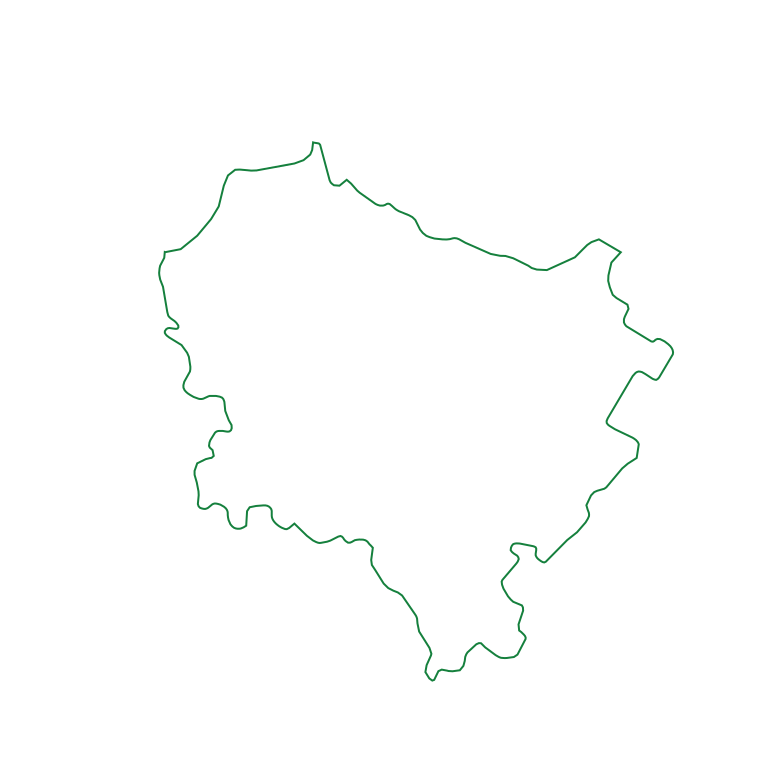 SVG path tracing the border of Chechnya, rotated 120°
{"feature_id": "RUS-2416", "entity_name": "Chechnya", "entity_type": "Republic", "adm_level": 1, "iso_a3": "RUS", "parent_name": "Russia", "parent_adm1": "", "projection": "equal_earth", "projection_center": [45.92, 43.243], "detail": "fine", "context": "isolated", "style": "outline", "palette": "green", "viewbox_px": 768, "rotation_deg": 120, "n_neighbors": 0, "source": "natural_earth", "source_scale": "10m", "svg_char_len": 4906}
<svg xmlns="http://www.w3.org/2000/svg" viewBox="0 0 768 768"><g transform="rotate(120 384 384)"><path d="M281.4,623.4L272.9,620.0L270.4,616.1L267.6,610.1L265.6,605.7L262.8,601.2L237.8,571.8L230.4,565.6L222.2,562.6L217.3,563.2L210.2,566.2L210.0,565.3L208.4,561.1L208.3,560.4L208.8,558.9L234.8,532.9L236.2,530.8L236.7,528.7L236.9,526.7L234.5,521.7L225.8,518.4L226.9,512.7L229.9,503.9L230.5,500.7L232.3,481.4L232.1,479.1L231.5,476.6L229.8,473.8L228.3,472.5L226.8,471.7L225.8,470.7L225.3,469.1L225.8,466.2L226.7,462.1L226.9,460.4L226.9,457.6L225.4,446.8L225.3,442.9L226.3,438.9L232.2,430.0L233.8,425.9L234.5,421.4L234.0,417.9L232.8,413.0L229.3,405.2L227.3,401.7L225.6,399.4L223.3,397.1L222.4,395.9L221.5,393.8L221.1,391.3L221.0,384.1L218.0,356.6L214.9,347.5L212.4,342.9L210.5,335.0L209.4,318.2L209.7,314.1L208.5,308.9L203.9,299.9L178.8,282.0L168.6,279.3L162.0,277.5L157.4,275.3L151.3,270.2L151.5,244.8L165.1,247.8L177.8,243.9L182.6,241.4L187.3,236.8L192.4,230.5L193.3,225.6L193.6,212.8L196.7,209.8L205.4,209.1L207.9,208.6L210.7,207.0L212.0,205.1L212.8,203.0L213.5,173.8L212.9,172.3L211.7,171.5L210.0,171.0L208.3,169.8L207.1,167.4L206.8,162.4L207.4,157.8L208.1,154.9L209.1,152.7L210.2,151.1L212.0,149.5L213.9,148.7L240.8,149.0L242.9,149.5L244.4,150.4L244.9,152.0L245.2,153.9L244.7,162.5L244.7,166.5L245.2,168.3L245.9,169.8L247.1,170.9L248.6,171.7L252.8,172.6L301.9,173.1L304.8,172.7L306.4,171.6L307.2,169.8L307.5,167.9L307.7,161.3L306.2,141.9L306.3,139.7L306.6,137.5L307.5,135.0L308.4,133.7L308.9,133.2L321.7,128.2L331.2,133.1L338.0,135.5L362.3,139.8L364.5,140.8L369.8,145.9L372.5,147.9L377.0,149.0L387.8,148.1L390.9,144.9L393.1,142.2L394.4,141.2L395.9,140.4L398.9,140.1L403.1,140.2L415.9,142.7L427.5,147.3L457.0,155.0L458.4,156.0L458.9,157.6L458.9,159.6L458.7,161.6L458.4,163.4L458.0,164.6L457.4,165.8L456.5,167.0L455.1,167.8L451.8,169.1L450.4,169.9L449.6,171.0L449.6,172.4L449.9,173.8L454.3,186.7L455.8,189.6L456.8,190.9L458.0,192.0L460.0,192.4L462.2,192.2L464.6,191.2L465.5,189.1L465.9,186.9L466.1,182.8L466.9,181.1L468.2,179.8L470.9,179.4L473.2,179.6L494.4,183.5L496.3,183.3L498.8,181.4L501.5,178.2L505.9,170.4L507.3,166.4L508.0,163.2L506.8,153.9L508.0,152.0L510.7,150.2L524.9,147.3L529.9,143.7L530.2,141.1L531.1,137.6L531.7,136.0L532.7,134.6L534.0,133.9L551.6,133.1L555.5,135.0L560.0,140.8L561.2,142.8L562.6,145.7L562.9,147.2L563.0,148.4L563.0,151.7L561.5,164.7L560.0,170.3L560.9,172.2L563.2,173.9L574.7,177.5L577.0,177.6L579.7,177.2L583.5,175.6L588.4,174.3L594.0,175.2L598.5,181.0L600.3,184.6L600.7,186.1L602.5,191.2L605.5,193.3L615.1,192.6L616.7,193.9L616.3,197.6L612.8,204.1L606.2,206.5L595.6,207.6L593.9,208.1L589.8,212.7L580.8,229.8L574.6,235.3L570.6,238.1L569.7,239.1L569.0,240.0L568.3,241.2L558.1,262.6L557.6,267.8L558.3,272.5L558.6,278.3L557.0,284.5L549.5,298.6L546.8,304.0L542.8,307.1L531.4,311.8L530.4,314.9L530.1,316.3L528.8,319.5L528.6,321.8L529.2,324.2L531.1,327.7L532.5,329.6L533.9,331.2L537.0,333.0L538.4,334.1L539.4,335.8L539.2,338.7L538.6,340.7L537.7,342.4L537.2,344.0L537.4,345.7L539.0,347.3L546.5,352.2L549.0,354.4L553.2,359.3L554.0,360.5L554.5,362.0L554.8,363.8L555.0,367.3L554.0,374.9L549.7,391.8L556.0,394.1L558.3,395.6L559.1,397.2L559.6,400.8L559.6,403.6L559.3,406.0L558.9,408.0L558.3,409.9L557.6,411.5L556.7,413.0L555.6,414.3L554.3,415.3L550.0,417.8L548.8,419.0L548.1,420.5L547.7,422.2L547.8,424.1L548.4,425.9L549.6,428.0L553.6,433.8L557.9,438.7L562.6,439.0L575.6,432.5L578.3,433.9L580.8,435.8L581.8,437.1L582.6,438.5L583.2,440.1L583.5,441.9L583.2,444.2L582.3,446.8L579.5,450.6L577.5,452.4L575.6,453.8L574.4,454.5L573.3,455.2L572.6,455.8L571.7,456.9L570.8,458.7L570.3,461.1L570.3,465.4L570.9,467.9L571.6,469.9L572.3,471.1L573.2,471.9L574.0,472.5L579.1,474.4L580.5,475.3L581.7,476.5L582.4,478.0L582.9,479.7L583.2,481.5L582.6,483.4L581.0,485.2L572.9,488.9L569.7,491.0L562.9,496.9L557.4,502.6L554.0,504.6L546.1,506.1L538.2,500.8L535.2,497.7L534.2,496.4L531.4,495.5L527.0,499.4L526.2,503.1L525.1,504.6L521.9,505.9L519.4,506.3L510.6,506.0L508.9,505.3L507.7,504.2L506.8,502.9L505.2,500.0L504.0,496.8L503.3,495.3L502.3,494.1L500.5,493.4L498.4,493.8L495.8,495.5L493.0,500.3L486.7,508.0L479.3,513.3L478.3,514.4L477.3,515.8L476.8,517.5L477.1,519.9L478.3,523.4L479.9,526.3L481.5,529.0L482.5,529.9L487.0,533.1L488.1,534.3L489.0,535.8L489.5,537.3L490.4,542.4L490.4,543.5L490.4,546.5L490.2,549.4L489.8,551.4L489.1,553.5L487.5,555.8L485.4,557.1L481.9,558.1L470.2,558.3L468.1,559.1L465.9,560.3L458.0,566.6L455.4,570.1L451.5,578.8L451.1,593.3L450.7,596.3L450.2,597.8L449.3,599.4L447.8,600.2L445.4,600.0L443.9,599.2L442.8,597.9L440.9,593.1L440.2,591.6L439.2,590.5L437.7,590.4L436.2,591.4L434.8,594.5L434.2,597.0L433.8,601.4L433.4,603.3L432.7,605.0L430.1,607.6L410.3,624.0L405.5,630.0L402.2,632.9L400.2,634.3L396.0,636.2L393.5,637.0L384.6,637.4L379.4,639.8L379.4,639.6L368.9,627.5L349.0,619.9L327.6,616.2L312.9,615.9L292.3,621.9L281.4,623.4Z" fill="none" stroke="#15803d" stroke-width="2"/></g></svg>